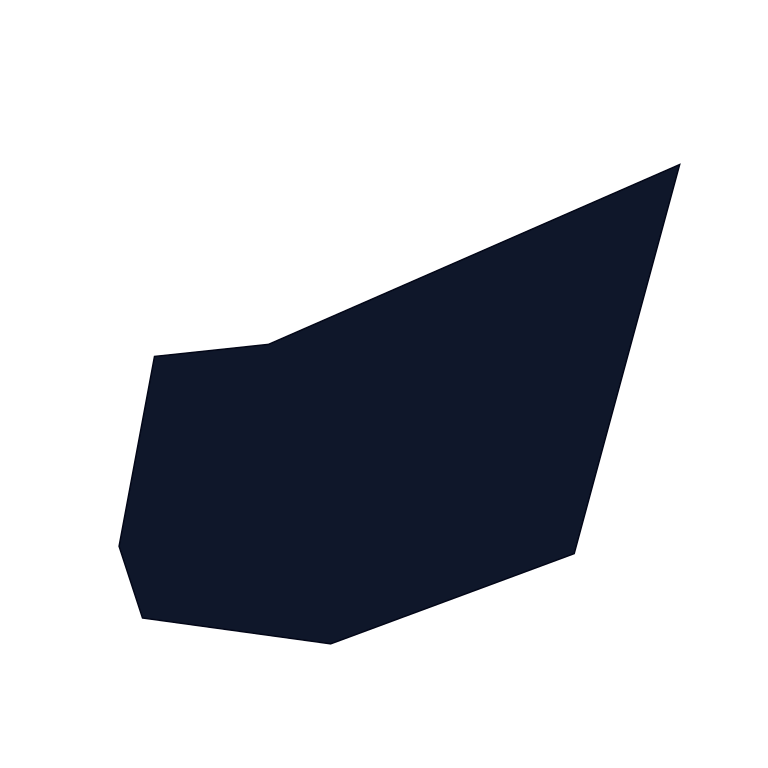 an SVG outline of The Farrington, rotated 195°
{"feature_id": "AIA-5124", "entity_name": "The Farrington", "entity_type": "District", "adm_level": 1, "iso_a3": "AIA", "parent_name": "Anguilla", "parent_adm1": "", "projection": "equal_earth", "projection_center": [-63.044, 18.213], "detail": "fine", "context": "isolated", "style": "filled", "palette": "ink", "viewbox_px": 768, "rotation_deg": 195, "n_neighbors": 0, "source": "natural_earth", "source_scale": "10m", "svg_char_len": 278}
<svg xmlns="http://www.w3.org/2000/svg" viewBox="0 0 768 768"><g transform="rotate(195 384 384)"><path d="M612.8,351.2L505.8,392.4L155.2,672.5L156.1,401.8L156.4,269.4L368.3,119.2L556.7,95.5L597.9,158.7L612.8,351.2Z" fill="#0f172a" stroke="#020617" stroke-width="1.5"/></g></svg>